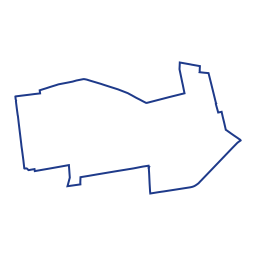 Tudor Vladimirescu, Braila, Romania (orthographic projection)
{"feature_id": "2599482B82586495154096", "entity_name": "Tudor Vladimirescu", "entity_type": "district", "adm_level": 2, "iso_a3": "ROU", "parent_name": "Romania", "parent_adm1": "Braila", "projection": "orthographic", "projection_center": [27.76, 45.232], "detail": "fine", "context": "isolated", "style": "outline", "palette": "blue", "viewbox_px": 256, "rotation_deg": 0, "n_neighbors": 0, "source": "geoboundaries", "source_scale": "gbopen_adm2", "svg_char_len": 1924}
<svg xmlns="http://www.w3.org/2000/svg" viewBox="0 0 256 256"><path d="M26.8,168.5L27.3,168.9L28.5,170.1L29.5,170.0L30.1,169.9L30.3,169.8L34.5,169.1L34.8,171.1L40.5,170.1L49.8,168.5L68.9,165.1L69.5,173.6L69.8,177.6L67.5,186.2L80.4,184.4L80.3,182.5L80.5,177.2L82.2,176.9L87.2,176.1L96.5,174.5L115.6,171.3L133.5,168.4L142.7,166.6L148.6,165.7L148.7,166.1L148.6,166.4L148.6,167.5L149.0,167.4L148.9,167.7L148.9,170.1L149.0,171.2L149.1,173.0L149.2,174.8L149.6,183.5L150.1,191.8L150.3,193.5L158.3,192.2L161.7,191.7L163.9,191.4L173.6,189.9L190.3,187.3L192.1,186.9L193.3,186.5L194.5,186.0L196.0,185.1L197.3,184.2L198.5,183.3L199.9,181.8L212.1,169.1L232.1,148.2L237.0,143.2L237.9,142.4L238.7,141.8L240.6,140.5L240.3,139.8L239.5,139.3L237.8,138.1L234.1,135.6L230.5,133.1L230.4,133.0L226.0,129.9L225.8,129.8L224.1,122.4L222.8,117.1L221.6,111.8L219.8,112.2L219.2,112.3L218.2,112.5L216.2,105.3L215.8,103.8L216.2,103.4L215.9,102.9L213.5,93.1L211.1,83.4L208.9,74.6L208.5,73.1L206.2,72.9L204.0,72.7L200.4,72.3L199.6,72.2L199.7,71.9L199.7,70.3L199.9,66.1L191.3,64.6L191.0,64.5L179.8,62.5L179.7,65.0L179.5,69.2L182.4,83.1L182.7,84.4L184.5,93.3L169.6,97.0L146.8,102.9L145.9,102.8L142.2,100.9L139.8,99.6L139.2,99.3L137.2,98.3L135.1,97.2L134.5,96.8L133.3,96.2L132.7,95.8L129.5,94.1L128.6,93.6L127.9,93.2L118.1,89.4L109.3,86.6L107.1,85.9L104.0,84.9L101.0,83.9L95.0,82.1L90.6,80.8L88.3,80.1L87.1,79.7L85.8,79.4L84.0,79.1L83.5,79.1L76.4,80.5L72.6,81.6L67.6,82.6L58.7,84.3L58.3,84.4L56.5,85.0L52.9,86.1L49.7,87.1L46.4,88.2L42.5,89.4L40.3,90.1L39.7,90.3L39.9,91.8L40.1,93.4L34.8,94.0L29.4,94.7L21.1,95.7L15.6,96.4L15.4,96.5L15.5,97.9L15.7,99.4L15.8,99.7L15.9,100.0L16.0,100.3L16.1,100.5L16.0,100.9L15.9,101.3L16.0,101.7L16.1,102.9L16.8,108.5L17.7,115.2L17.9,115.9L18.7,122.9L21.3,144.4L21.3,144.7L21.6,147.1L22.0,149.8L23.4,160.4L24.3,168.4L24.5,168.5L25.1,168.5L26.3,168.4L26.7,168.5L26.8,168.5Z" fill="none" stroke="#1e3a8a" stroke-width="2"/></svg>